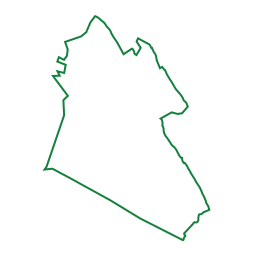 outline of Monroe, West Virginia, United States of America, rotated 271°
{"feature_id": "52423323B57461301326035", "entity_name": "Monroe", "entity_type": "district", "adm_level": 2, "iso_a3": "USA", "parent_name": "United States of America", "parent_adm1": "West Virginia", "projection": "equal_earth", "projection_center": [-80.514, 37.552], "detail": "fine", "context": "isolated", "style": "outline", "palette": "green", "viewbox_px": 256, "rotation_deg": 271, "n_neighbors": 0, "source": "geoboundaries", "source_scale": "gbopen_adm2", "svg_char_len": 1783}
<svg xmlns="http://www.w3.org/2000/svg" viewBox="0 0 256 256"><g transform="rotate(271 128 128)"><path d="M239.2,93.1L232.8,88.5L227.5,86.4L224.5,85.1L223.9,84.9L223.1,84.7L222.0,83.3L218.8,79.6L214.3,67.3L214.3,67.2L213.0,63.6L205.3,66.4L199.0,65.6L195.0,62.8L197.6,57.7L193.2,56.2L190.1,64.6L181.9,63.2L183.5,56.5L179.1,58.8L178.7,52.1L159.1,67.3L154.7,62.9L139.6,63.9L88.0,47.3L85.0,45.3L86.0,53.1L73.2,78.0L71.8,80.5L55.4,111.6L37.8,141.7L16.8,184.9L16.8,185.0L17.3,185.5L18.6,185.6L19.5,186.0L21.0,187.2L21.8,187.1L22.7,186.0L24.0,186.2L24.5,186.8L33.1,194.5L34.1,195.1L35.0,196.1L34.7,197.4L35.0,198.9L37.0,200.0L37.6,199.9L40.6,200.0L42.7,200.5L43.0,201.3L43.0,202.3L43.4,203.1L45.3,205.3L45.3,205.5L47.6,210.7L51.2,209.6L55.1,207.2L56.2,207.2L58.8,206.0L61.1,205.0L63.9,203.4L66.7,202.3L70.3,200.5L75.0,197.2L77.5,195.9L84.3,191.4L84.6,191.4L87.2,189.9L88.3,189.0L91.0,187.8L94.1,185.3L93.9,184.8L94.0,184.5L95.0,183.6L95.7,183.2L97.8,182.6L99.1,182.6L99.3,181.4L101.2,179.8L107.0,176.7L110.0,174.3L110.4,173.4L112.0,171.9L118.8,167.3L120.5,165.8L123.8,164.1L126.3,163.6L128.0,163.6L130.3,162.8L130.6,162.4L132.0,162.3L133.7,162.5L136.6,161.8L137.2,161.4L138.0,160.4L144.4,171.4L142.9,177.4L143.7,181.8L150.4,187.4L151.4,187.0L154.2,185.9L156.8,183.1L158.9,182.3L161.8,180.4L167.9,175.0L175.8,170.2L176.9,169.3L182.9,165.6L184.4,165.1L186.6,163.9L187.5,162.7L189.7,161.1L188.4,158.9L196.4,155.5L200.5,154.8L202.3,154.0L204.5,152.4L206.5,151.5L208.5,150.6L208.3,150.1L211.8,148.1L217.8,136.5L214.6,135.1L208.4,139.3L201.1,135.2L202.1,133.5L203.2,133.0L204.3,132.8L206.7,131.6L207.4,130.6L201.7,122.3L213.5,115.6L217.8,112.5L222.0,109.9L224.4,108.9L226.0,107.9L229.2,104.9L232.5,102.7L237.5,96.6L238.4,95.2L239.2,93.1Z" fill="none" stroke="#15803d" stroke-width="2"/></g></svg>